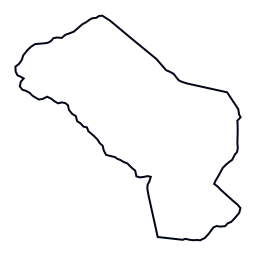 outline of Ilhota, Santa Catarina, Brazil
{"feature_id": "56859067B31114791802058", "entity_name": "Ilhota", "entity_type": "district", "adm_level": 2, "iso_a3": "BRA", "parent_name": "Brazil", "parent_adm1": "Santa Catarina", "projection": "orthographic", "projection_center": [-48.867, -26.865], "detail": "fine", "context": "isolated", "style": "outline", "palette": "ink", "viewbox_px": 256, "rotation_deg": 0, "n_neighbors": 0, "source": "geoboundaries", "source_scale": "gbopen_adm2", "svg_char_len": 1708}
<svg xmlns="http://www.w3.org/2000/svg" viewBox="0 0 256 256"><path d="M157.7,237.0L182.7,239.8L185.5,238.8L189.6,239.8L193.4,240.2L196.8,240.0L200.1,240.3L204.8,238.0L208.7,233.8L211.3,230.3L213.4,227.5L216.6,226.0L219.9,226.6L225.0,226.2L227.9,223.2L231.2,221.9L233.8,219.2L236.7,215.9L239.3,212.7L240.4,208.0L237.3,204.4L234.3,202.0L231.1,199.1L227.6,196.0L224.4,193.1L221.0,190.0L217.6,186.5L214.2,183.9L215.5,180.8L218.3,176.1L220.4,172.3L222.7,168.0L225.5,165.1L228.8,162.3L232.2,159.8L234.6,155.0L237.1,151.8L237.8,148.1L237.4,143.0L237.6,135.3L237.7,129.4L237.6,125.1L237.4,120.6L240.6,117.3L239.1,114.5L238.3,109.3L235.2,104.5L232.0,99.7L227.1,92.3L187.1,83.5L181.8,81.8L178.6,80.2L176.3,77.3L173.7,73.9L170.1,71.9L166.1,70.2L156.5,59.1L136.3,42.5L133.0,39.8L110.1,20.7L102.3,15.7L99.1,16.0L96.0,17.9L92.1,18.3L89.1,20.0L86.5,22.0L82.3,24.3L77.8,28.2L73.9,31.6L69.9,33.2L65.4,34.8L61.7,37.9L57.0,37.5L53.4,38.2L51.0,41.0L48.1,42.7L45.3,43.2L40.8,43.6L35.0,44.1L30.8,46.9L27.4,50.2L25.2,53.0L23.2,55.4L21.9,59.7L19.1,63.8L15.4,66.7L15.7,71.8L17.5,75.3L20.6,76.7L23.7,78.5L20.8,81.7L19.8,86.5L22.5,89.8L26.0,90.8L29.7,92.9L32.5,95.7L35.8,97.8L39.0,99.5L42.8,98.9L47.2,96.7L51.5,98.9L54.4,101.2L58.0,103.3L62.0,102.4L65.5,103.2L68.0,105.3L68.9,109.8L72.1,113.8L75.9,116.2L77.1,121.2L80.6,123.4L83.3,126.5L87.0,127.5L88.4,131.3L91.0,133.4L94.2,136.2L97.7,139.8L99.7,143.1L102.6,145.7L103.8,150.5L106.1,154.9L112.0,156.4L115.0,157.1L117.3,158.8L120.4,160.0L123.5,161.9L127.5,163.5L129.8,165.9L132.3,168.3L135.2,170.6L136.4,176.4L140.1,177.4L144.4,176.8L147.5,176.1L150.8,176.8L149.3,181.6L147.6,184.7L147.3,188.6L148.9,197.4L149.7,200.7L157.7,237.0Z" fill="none" stroke="#020617" stroke-width="2"/></svg>